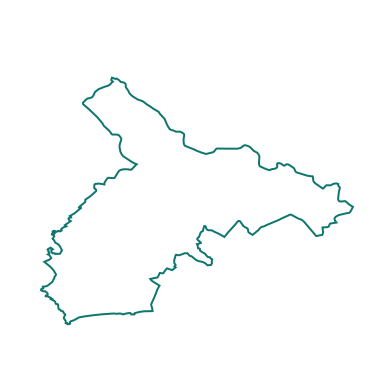 Quynh Luu, Nghệ An, Vietnam (Equal Earth projection), rotated 85°
{"feature_id": "81297802B4221517004962", "entity_name": "Quynh Luu", "entity_type": "district", "adm_level": 2, "iso_a3": "VNM", "parent_name": "Vietnam", "parent_adm1": "Nghệ An", "projection": "equal_earth", "projection_center": [105.608, 19.233], "detail": "fine", "context": "isolated", "style": "outline", "palette": "teal", "viewbox_px": 384, "rotation_deg": 85, "n_neighbors": 0, "source": "geoboundaries", "source_scale": "gbopen_adm2", "svg_char_len": 6045}
<svg xmlns="http://www.w3.org/2000/svg" viewBox="0 0 384 384"><g transform="rotate(85 192 192)"><path d="M248.7,345.2L254.0,339.8L255.4,338.6L258.0,336.7L262.1,334.7L263.5,335.2L264.2,336.1L264.8,336.5L266.1,336.7L267.3,337.8L269.1,338.7L269.8,339.4L270.6,340.8L272.8,344.1L273.4,346.9L273.2,348.7L273.5,348.9L274.4,348.6L275.0,348.6L275.3,349.1L275.4,350.4L276.6,351.0L277.3,350.3L278.0,348.4L278.1,347.0L279.5,345.4L280.3,344.8L281.2,344.6L281.8,344.8L282.3,345.3L282.4,346.6L283.0,346.9L283.2,346.7L283.2,345.6L283.6,344.6L285.1,341.8L285.7,341.5L285.9,342.2L286.4,342.2L286.3,340.8L286.5,340.3L287.1,340.0L287.6,340.3L288.2,339.0L288.8,338.4L289.4,337.9L291.0,337.6L291.5,337.4L291.8,337.0L291.9,336.1L292.1,335.5L292.6,335.2L294.0,335.3L297.1,335.0L298.0,333.4L298.9,332.9L299.6,331.1L300.0,330.7L301.4,330.4L302.7,329.1L303.1,328.9L305.8,330.6L306.7,330.6L309.5,329.1L311.7,329.2L311.7,327.7L311.9,327.5L312.8,327.6L312.9,327.3L312.8,325.5L312.6,325.1L312.2,324.8L311.0,325.0L310.2,324.0L309.5,320.9L307.1,315.5L306.6,310.3L306.2,302.4L306.0,293.1L306.2,280.5L306.8,277.7L306.7,275.7L306.9,273.6L307.9,271.3L307.3,268.1L307.1,264.9L307.3,263.9L307.7,263.6L308.5,263.3L308.7,263.0L308.8,262.6L308.6,261.4L309.0,260.1L308.8,259.9L307.9,259.8L307.6,259.3L306.8,254.0L306.7,249.3L307.2,241.7L304.6,241.8L301.6,242.4L300.6,242.5L300.0,242.3L293.6,238.7L285.6,234.7L282.4,232.5L278.4,238.0L276.6,240.1L275.0,241.1L274.1,233.9L273.6,233.3L269.9,231.2L270.5,227.8L267.4,225.2L265.9,223.5L268.1,218.6L265.7,214.9L264.7,216.0L263.4,214.7L261.2,215.8L259.3,215.8L256.9,215.2L255.7,214.5L254.3,214.2L253.1,213.3L253.7,211.6L253.9,210.1L252.4,204.7L252.6,201.8L255.2,200.0L256.2,197.8L259.7,194.3L260.8,192.6L261.2,192.0L262.6,187.6L263.1,186.6L264.1,185.1L266.4,182.9L266.3,179.4L264.7,178.3L262.8,178.4L261.2,177.8L260.6,178.0L260.1,179.0L258.6,179.8L258.2,181.6L257.7,182.4L254.7,184.3L252.4,187.6L251.0,189.1L249.3,189.1L248.9,189.6L248.7,190.8L245.7,191.1L244.4,191.6L244.4,190.5L244.2,190.2L243.5,187.6L243.0,187.7L240.2,190.5L239.2,190.9L238.2,190.3L237.4,188.9L233.2,187.0L232.5,186.2L231.9,184.6L228.4,183.4L227.0,182.7L227.1,182.0L227.6,181.4L230.1,180.8L231.1,179.9L231.5,179.0L231.9,175.6L233.6,173.2L235.7,169.3L239.6,163.6L235.7,159.9L228.7,152.3L225.4,149.1L224.9,148.1L224.9,147.5L225.5,146.6L230.4,143.8L233.4,139.7L236.9,139.3L238.5,137.5L240.0,135.4L235.7,129.1L234.1,127.6L233.0,126.0L232.4,123.0L231.4,120.5L227.4,107.9L226.3,105.3L223.2,96.5L223.1,95.6L223.6,94.6L227.5,88.8L228.8,86.0L229.8,84.6L231.1,83.2L246.7,72.1L246.1,66.2L246.0,65.9L245.1,65.4L243.5,64.9L238.7,65.1L238.8,60.2L238.7,59.6L238.1,58.7L235.7,57.4L235.5,57.0L235.0,50.8L232.9,52.1L231.4,52.4L230.5,52.2L229.2,51.0L227.8,47.9L226.7,40.6L226.5,37.9L226.2,36.9L225.7,36.2L223.8,34.8L220.8,33.0L218.3,36.3L214.7,39.8L214.5,40.3L214.4,41.1L214.5,44.3L214.1,45.8L213.8,46.3L213.4,46.6L211.8,47.1L204.9,45.7L200.6,44.3L198.6,45.6L197.6,45.8L196.8,45.6L196.0,47.5L196.0,48.6L196.4,51.0L197.4,53.2L197.4,53.9L197.0,57.4L197.4,58.2L199.8,60.7L200.0,61.3L194.5,68.0L193.1,69.3L192.2,69.9L191.5,70.1L187.4,70.3L186.8,70.6L186.7,71.9L185.9,75.4L181.6,86.1L181.2,86.6L180.7,87.0L177.2,88.3L173.9,92.3L172.8,94.0L172.7,95.8L173.6,97.2L173.8,98.1L171.4,101.1L170.8,103.0L170.8,103.8L171.1,104.6L172.4,104.9L173.9,104.8L174.6,105.0L175.2,105.6L176.0,107.2L176.2,110.3L176.6,112.0L176.9,112.3L177.0,112.9L175.7,116.1L172.5,121.8L172.1,122.2L171.3,122.6L169.5,122.8L162.6,121.8L161.4,122.0L159.6,122.8L158.6,123.6L156.3,127.0L152.8,129.8L151.7,131.1L151.0,132.3L150.3,134.2L150.0,135.6L150.4,136.7L151.9,138.9L152.4,140.1L152.8,142.6L151.9,153.2L150.9,162.9L151.0,163.5L151.2,164.2L153.5,166.4L154.2,167.5L155.3,174.2L155.0,175.6L153.9,178.4L151.5,183.4L149.9,186.0L145.8,194.2L145.3,195.0L144.4,195.6L142.6,196.0L138.7,195.8L134.6,194.8L133.6,194.9L132.7,195.8L131.4,197.5L130.8,199.0L130.5,202.7L129.1,205.2L128.3,207.4L127.3,208.8L123.4,210.8L116.8,212.9L111.6,217.0L109.5,218.1L108.9,218.7L105.8,223.1L102.9,226.5L101.0,229.1L97.7,232.7L97.1,233.5L95.6,237.0L95.0,238.2L91.6,242.7L90.5,243.8L88.5,245.5L85.1,246.9L82.0,248.7L81.4,248.8L79.0,248.7L78.4,248.8L77.9,249.2L77.0,250.4L76.1,253.4L73.9,255.3L72.4,257.2L72.7,258.0L72.4,259.1L71.1,261.7L73.4,262.7L75.2,261.2L76.2,262.7L78.0,264.5L78.9,266.7L79.5,269.7L81.2,275.3L81.6,276.3L83.9,279.9L86.3,281.2L88.5,282.8L89.2,284.1L89.8,287.8L90.1,288.6L91.0,289.9L93.7,292.9L94.6,293.0L95.1,292.8L100.4,287.6L108.9,280.1L115.7,275.3L118.5,274.0L122.9,269.9L125.0,268.3L127.2,267.1L127.8,266.4L128.1,263.1L128.6,260.6L129.6,259.5L132.0,258.0L133.0,257.8L133.6,257.9L138.5,259.9L141.0,260.3L145.7,259.8L148.5,258.7L150.4,257.4L156.7,249.5L158.7,246.5L159.5,244.7L164.4,250.4L164.5,251.0L163.7,254.9L163.4,258.3L163.8,261.2L164.4,262.5L165.2,263.4L171.2,267.9L171.4,269.0L170.6,273.8L170.6,274.4L171.3,275.4L174.9,278.3L176.9,278.6L175.7,282.9L175.5,284.4L175.5,287.4L175.9,288.3L176.3,288.6L179.5,289.1L181.3,287.4L181.9,287.3L182.9,287.6L187.4,293.7L190.2,298.7L190.8,299.1L192.4,299.1L192.8,299.5L196.6,305.0L197.5,306.0L197.9,305.8L197.6,304.4L197.7,304.1L198.3,304.0L198.6,304.4L203.0,310.9L204.7,314.5L205.2,315.9L205.5,315.9L206.5,314.5L206.8,314.5L207.0,316.3L207.3,317.1L207.8,317.4L209.4,316.9L210.4,315.4L213.9,321.5L215.2,320.1L216.2,323.5L216.8,324.5L217.8,325.7L219.0,325.2L219.6,326.5L219.7,327.4L219.2,328.0L219.1,328.9L219.8,330.1L219.9,330.8L218.9,331.9L218.7,332.3L218.7,333.4L219.2,334.3L219.6,334.3L220.7,332.6L221.1,332.4L221.3,332.7L221.4,333.1L221.3,334.9L221.6,335.2L222.0,335.3L222.4,335.0L222.7,333.9L223.0,333.3L224.0,333.1L226.4,334.9L228.1,333.6L230.4,332.7L232.7,329.6L234.6,328.3L238.8,326.6L240.4,327.9L241.8,328.5L242.0,329.4L241.9,332.1L241.5,332.8L241.8,333.4L241.8,333.7L241.1,334.4L240.9,336.1L240.1,336.9L239.1,337.2L237.4,337.2L236.9,335.7L235.1,337.7L236.5,340.7L236.9,340.9L238.1,340.0L238.5,339.9L239.0,340.3L239.3,340.2L240.2,339.4L240.6,339.4L241.6,340.9L241.9,340.1L242.4,339.7L243.6,338.9L245.5,338.0L246.9,339.8L248.7,345.2Z" fill="none" stroke="#0f766e" stroke-width="2"/></g></svg>